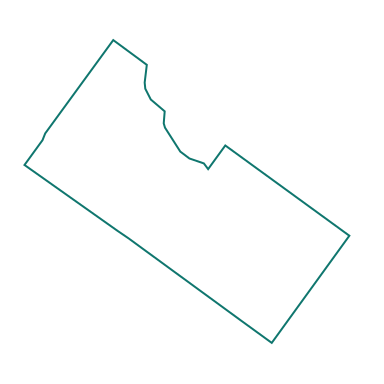 Major, Oklahoma, United States of America (Mercator projection), rotated 36°
{"feature_id": "52423323B7041002082937", "entity_name": "Major", "entity_type": "district", "adm_level": 2, "iso_a3": "USA", "parent_name": "United States of America", "parent_adm1": "Oklahoma", "projection": "mercator", "projection_center": [-98.633, 36.334], "detail": "fine", "context": "isolated", "style": "outline", "palette": "teal", "viewbox_px": 384, "rotation_deg": 36, "n_neighbors": 0, "source": "geoboundaries", "source_scale": "gbopen_adm2", "svg_char_len": 422}
<svg xmlns="http://www.w3.org/2000/svg" viewBox="0 0 384 384"><g transform="rotate(36 192 192)"><path d="M307.1,267.2L345.2,267.2L345.0,134.9L191.6,134.8L191.6,164.0L184.8,161.9L170.2,166.4L158.8,166.2L132.3,155.8L128.8,153.1L122.5,142.8L104.3,141.4L93.5,135.9L89.4,131.3L80.7,115.7L39.0,115.4L38.8,230.9L40.6,237.9L40.6,268.6L154.6,267.2L167.4,266.8L307.1,267.2Z" fill="none" stroke="#0f766e" stroke-width="2"/></g></svg>